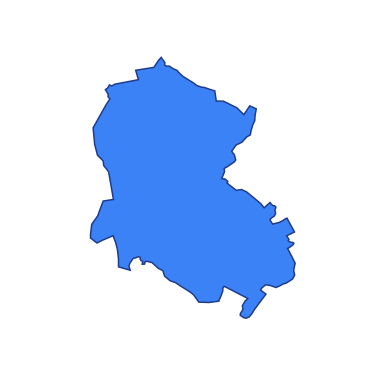 Bagwai, Kano, Nigeria, rotated 222°
{"feature_id": "59680162B58679994750141", "entity_name": "Bagwai", "entity_type": "district", "adm_level": 2, "iso_a3": "NGA", "parent_name": "Nigeria", "parent_adm1": "Kano", "projection": "mercator", "projection_center": [8.095, 12.101], "detail": "fine", "context": "isolated", "style": "filled", "palette": "blue", "viewbox_px": 384, "rotation_deg": 222, "n_neighbors": 0, "source": "geoboundaries", "source_scale": "gbopen_adm2", "svg_char_len": 2574}
<svg xmlns="http://www.w3.org/2000/svg" viewBox="0 0 384 384"><g transform="rotate(222 192 192)"><path d="M206.7,294.5L205.2,284.2L215.0,284.6L229.5,280.5L234.8,275.8L242.7,282.4L248.4,279.8L252.7,278.0L255.4,276.1L259.9,274.3L263.3,274.1L273.0,272.4L276.1,271.9L281.7,271.9L284.3,272.4L288.7,271.0L293.3,270.3L295.0,268.5L297.3,268.0L298.7,270.0L305.0,271.4L305.0,267.6L303.7,259.1L315.3,244.8L307.0,239.6L321.4,220.6L322.6,217.2L325.0,216.3L324.3,212.8L324.9,210.1L319.7,208.6L318.2,206.6L315.3,206.3L314.2,199.1L308.4,173.5L296.5,162.5L286.9,156.1L278.7,155.6L275.4,152.6L267.6,151.3L245.4,133.9L252.0,125.8L246.1,111.1L244.9,100.9L238.6,92.0L236.6,89.9L228.5,90.5L226.2,96.4L222.8,103.7L221.4,106.7L215.0,103.4L209.4,99.7L201.8,93.0L196.5,87.2L185.6,92.5L186.7,93.2L187.9,93.8L189.2,94.7L190.0,96.2L190.6,98.0L190.8,99.9L191.1,101.3L191.2,103.6L190.0,105.1L188.2,108.6L186.5,108.6L185.5,107.4L184.0,107.0L182.3,107.5L180.7,105.0L179.0,106.7L180.2,108.8L179.1,110.4L174.4,112.8L166.1,112.7L161.1,114.1L156.0,111.1L148.9,111.4L143.6,113.6L139.3,114.2L125.8,116.5L121.7,116.6L113.3,114.7L105.5,121.2L99.0,128.8L99.7,130.3L100.2,132.0L100.6,133.2L101.0,134.6L101.6,135.9L102.3,137.5L103.0,139.3L103.9,140.2L104.7,141.1L105.0,142.2L105.0,143.4L100.8,144.6L79.3,150.2L79.4,148.4L79.6,146.5L78.5,141.3L78.5,141.2L75.6,138.9L74.7,134.0L73.6,132.6L69.2,133.3L67.2,134.6L65.9,137.4L66.1,141.8L66.8,145.4L67.0,147.1L67.6,152.7L68.7,165.6L75.4,165.0L75.9,167.4L75.2,172.3L71.5,174.8L67.2,176.6L65.7,177.2L63.8,181.5L62.8,184.4L61.0,187.4L59.0,194.5L60.1,199.0L63.8,201.6L65.7,204.6L67.7,208.1L75.0,211.0L83.2,214.0L82.4,215.9L82.3,217.2L81.8,218.7L81.7,220.0L81.8,221.6L82.0,222.0L82.5,222.2L83.3,221.9L83.9,221.6L84.9,220.9L86.0,220.4L86.7,220.3L87.4,220.1L87.8,220.1L88.1,220.4L88.1,220.9L88.2,221.6L88.5,221.8L88.9,221.9L92.4,222.7L89.1,230.9L104.0,236.1L104.9,233.8L105.3,231.9L106.7,227.9L109.0,224.5L110.7,222.1L115.5,223.5L115.6,225.0L115.3,227.1L114.7,229.2L115.2,231.0L115.6,232.1L116.6,232.9L117.8,233.6L118.5,234.4L118.9,235.8L119.4,236.7L120.3,237.1L121.6,237.0L122.5,236.1L123.6,236.0L125.2,236.1L127.0,236.4L127.8,228.5L133.2,229.4L151.6,228.6L156.7,227.0L157.4,226.3L160.2,222.9L169.6,222.2L171.2,222.2L171.9,222.1L172.4,223.8L176.1,223.8L178.8,221.8L181.4,228.8L183.7,230.9L183.3,232.9L182.8,234.0L180.7,242.6L180.8,244.3L181.0,245.1L185.2,247.9L189.7,248.8L190.7,256.2L188.2,262.5L188.2,269.4L186.9,273.5L188.9,276.7L191.7,282.4L193.1,287.0L196.5,291.3L199.6,296.4L199.9,296.8L206.7,294.7L206.7,294.5Z" fill="#3b82f6" stroke="#1e3a8a" stroke-width="1.5"/></g></svg>